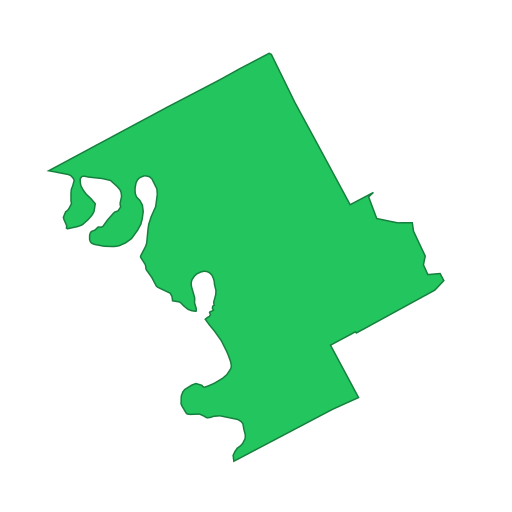 Washington, Mississippi, United States of America, rotated 332°
{"feature_id": "52423323B9626966163113", "entity_name": "Washington", "entity_type": "district", "adm_level": 2, "iso_a3": "USA", "parent_name": "United States of America", "parent_adm1": "Mississippi", "projection": "albers", "projection_center": [-91.095, 33.269], "detail": "fine", "context": "isolated", "style": "filled", "palette": "green", "viewbox_px": 512, "rotation_deg": 332, "n_neighbors": 0, "source": "geoboundaries", "source_scale": "gbopen_adm2", "svg_char_len": 2886}
<svg xmlns="http://www.w3.org/2000/svg" viewBox="0 0 512 512"><g transform="rotate(332 256 256)"><path d="M362.8,83.2L329.9,83.0L306.2,83.4L247.9,82.9L113.0,83.4L128.6,96.0L130.2,98.1L131.1,101.4L131.0,103.9L129.6,105.3L127.5,107.6L124.1,110.6L121.9,114.1L118.5,120.5L117.9,122.6L116.9,123.7L113.1,126.3L110.5,127.4L108.7,127.6L104.1,131.4L103.6,133.4L103.1,140.0L102.6,141.2L101.7,142.3L102.2,143.4L112.0,146.2L115.9,146.8L117.8,146.8L124.6,145.1L128.8,143.6L131.7,142.2L134.2,140.3L138.6,134.4L137.2,127.9L135.1,121.7L134.4,116.9L134.3,112.1L135.2,109.1L137.0,105.2L139.7,104.1L141.5,104.7L143.7,106.4L145.2,107.7L156.6,115.4L163.0,121.0L166.0,129.3L167.0,133.6L166.7,136.7L165.2,140.4L161.1,145.2L160.0,147.2L160.0,148.1L159.3,149.3L155.3,151.4L152.1,150.9L150.5,151.2L141.8,154.5L134.7,158.0L133.0,157.9L130.2,156.3L126.0,157.5L122.0,157.1L120.2,158.1L118.7,159.8L116.8,163.4L116.5,165.0L116.6,166.8L117.1,167.9L118.9,170.0L126.5,176.1L134.3,180.6L137.1,181.8L140.2,182.7L147.0,183.2L154.3,182.2L163.8,177.5L169.3,173.8L172.9,169.9L177.3,163.8L179.6,157.7L179.5,152.2L178.3,148.2L178.3,146.9L178.7,144.3L180.1,141.0L181.6,138.6L184.4,135.1L186.9,133.3L189.2,132.4L191.0,132.3L194.8,132.7L196.4,133.6L199.1,135.9L200.1,138.6L200.3,139.2L200.0,150.2L197.8,155.2L190.6,165.3L182.0,172.0L176.1,177.7L173.2,181.7L165.6,193.2L163.0,195.7L154.7,201.4L153.8,202.3L153.5,203.0L154.2,211.3L153.7,213.7L152.9,215.3L152.7,216.7L153.9,226.0L153.9,235.8L154.7,237.7L162.8,248.6L162.8,252.3L161.3,256.4L166.8,260.6L167.4,261.6L169.0,266.7L171.0,271.3L173.5,274.1L176.8,276.5L177.4,276.5L178.6,274.2L179.8,268.3L181.6,265.4L182.3,263.8L184.6,253.0L185.9,249.7L187.3,247.9L188.8,246.6L192.1,244.9L195.2,244.0L199.8,244.2L203.3,245.2L205.6,246.9L207.3,249.4L208.1,252.3L207.9,255.5L207.3,258.4L205.9,262.0L204.4,267.8L202.3,271.2L196.9,277.0L195.9,279.9L194.2,280.0L192.9,281.8L193.1,283.7L191.3,284.0L189.3,283.6L188.4,284.2L188.4,285.9L188.2,286.4L186.4,287.5L184.7,287.4L181.5,288.0L182.5,295.0L184.1,302.8L185.6,314.5L185.3,327.1L184.9,331.1L184.2,335.8L183.8,338.1L182.5,341.8L180.7,343.7L174.5,347.1L169.1,348.3L159.3,348.8L152.8,348.3L148.9,347.7L148.1,347.0L147.5,344.8L143.4,340.7L142.7,340.3L138.4,339.8L130.5,340.4L127.7,341.6L125.2,343.7L124.0,345.0L120.4,351.4L120.2,353.9L120.6,361.6L120.8,362.6L121.3,363.4L123.6,365.0L132.0,369.1L135.4,373.6L136.1,375.1L137.2,376.1L140.3,377.2L143.2,377.6L149.2,380.2L163.2,391.8L165.1,395.1L165.6,397.3L165.6,398.2L163.9,403.4L162.6,408.9L160.7,412.1L156.1,415.3L153.3,416.3L149.2,416.9L145.7,418.7L142.2,421.3L140.1,426.8L251.7,427.3L280.1,429.1L279.9,369.7L308.1,369.6L308.5,371.1L397.9,370.1L410.3,365.9L410.3,357.9L399.0,353.1L399.7,342.4L405.4,335.5L406.7,308.2L409.6,300.0L396.3,293.0L380.2,279.6L383.2,256.7L389.5,255.0L363.2,254.9L362.8,187.0L362.4,138.7L364.2,85.2L362.8,83.2Z" fill="#22c55e" stroke="#15803d" stroke-width="1.5"/></g></svg>